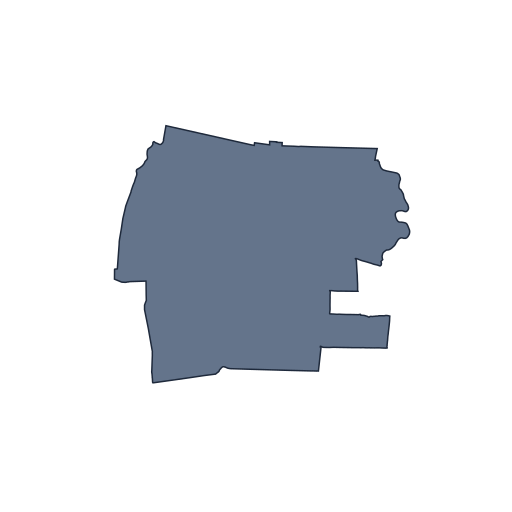 Cosoba, Giurgiu, Romania, rotated 227°
{"feature_id": "2599482B93703236518743", "entity_name": "Cosoba", "entity_type": "district", "adm_level": 2, "iso_a3": "ROU", "parent_name": "Romania", "parent_adm1": "Giurgiu", "projection": "orthographic", "projection_center": [25.808, 44.526], "detail": "fine", "context": "isolated", "style": "filled", "palette": "slate", "viewbox_px": 512, "rotation_deg": 227, "n_neighbors": 0, "source": "geoboundaries", "source_scale": "gbopen_adm2", "svg_char_len": 5990}
<svg xmlns="http://www.w3.org/2000/svg" viewBox="0 0 512 512"><g transform="rotate(227 256 256)"><path d="M412.7,279.0L408.4,273.3L405.0,268.8L404.4,267.9L404.0,267.7L403.6,267.3L402.7,265.6L402.5,264.9L402.4,263.1L402.6,262.5L402.8,262.1L403.2,261.7L404.0,261.2L405.2,260.8L407.5,259.7L409.2,259.4L409.4,259.0L409.4,258.5L409.2,257.9L408.8,257.4L408.1,256.8L407.9,256.4L407.5,254.9L407.4,253.5L407.5,252.7L407.9,250.2L407.3,248.7L406.7,247.8L404.8,245.8L404.0,245.2L403.6,245.0L402.0,243.8L401.6,243.3L401.2,242.7L400.9,241.6L400.9,241.0L400.8,239.3L399.9,237.3L399.6,235.7L399.5,234.4L399.5,233.3L399.6,232.8L399.7,231.3L400.3,228.9L400.5,227.9L400.3,227.2L399.9,226.6L399.4,226.1L398.2,225.5L397.0,224.5L396.1,223.2L395.0,220.9L392.8,217.2L392.3,215.9L391.1,213.4L388.7,209.0L388.1,208.3L383.4,198.8L381.3,194.7L380.3,193.3L374.2,184.2L367.6,175.9L361.3,167.6L359.8,165.8L357.9,163.9L343.1,147.9L341.6,146.3L341.2,145.7L341.3,145.5L342.7,143.8L342.7,143.6L342.5,143.4L342.4,143.1L341.9,142.7L335.6,136.7L328.6,139.9L328.1,140.3L325.8,142.5L325.1,143.5L324.5,144.6L324.1,144.9L323.9,145.4L323.6,145.8L323.0,146.6L312.7,158.4L311.8,157.7L302.5,149.2L302.3,149.0L301.7,148.5L298.8,145.9L298.5,145.8L297.6,144.0L297.5,143.7L296.1,141.0L292.8,137.9L276.4,127.8L266.9,121.6L257.5,115.5L256.6,114.9L256.2,114.4L254.0,112.4L243.4,101.8L242.8,101.1L241.5,100.0L241.3,100.0L239.9,98.9L239.7,98.8L239.2,98.3L238.2,97.6L238.1,97.4L237.4,96.9L237.1,96.7L234.2,94.3L233.6,94.1L233.3,94.4L224.6,106.8L212.3,124.4L204.1,136.3L198.2,144.5L197.5,145.6L197.2,145.8L197.0,148.7L197.0,149.3L196.9,149.3L196.9,149.9L197.1,150.9L197.4,151.2L197.6,151.7L197.7,152.6L197.6,153.0L197.8,153.5L197.8,154.4L197.8,155.5L197.7,156.0L197.4,156.5L196.8,157.1L196.4,157.2L195.9,157.7L194.6,158.2L193.1,158.9L191.2,160.3L180.1,171.5L149.1,202.9L134.3,218.0L134.2,218.1L133.2,219.2L130.8,221.6L129.7,222.8L129.3,223.2L145.3,241.8L145.8,241.2L145.9,241.4L146.0,241.5L145.9,241.7L145.2,242.0L144.5,242.3L143.7,242.6L142.7,243.5L139.2,247.1L136.3,250.5L131.9,255.0L124.4,262.8L123.2,264.0L118.9,268.6L117.1,270.5L115.9,271.9L114.8,272.9L113.1,274.6L111.6,276.3L110.5,277.3L110.2,277.7L109.4,278.5L107.7,280.3L106.1,282.1L104.2,284.1L102.9,285.3L101.9,286.3L101.1,287.1L100.3,287.9L99.3,289.1L99.5,289.4L99.9,289.6L100.6,290.1L101.4,291.2L101.8,291.4L102.2,292.0L102.7,292.5L103.2,293.1L103.7,293.6L104.3,294.4L107.2,297.5L109.0,299.7L110.6,301.5L111.6,302.7L113.9,305.4L116.6,308.5L117.4,309.4L119.7,311.7L120.8,312.9L121.1,312.7L121.9,312.2L122.8,311.5L123.5,310.9L124.1,310.2L124.5,309.6L124.8,309.0L125.2,308.6L126.6,307.2L127.0,306.7L127.4,306.3L127.9,305.8L128.3,305.3L128.6,304.9L128.9,304.4L129.2,303.8L130.0,303.0L130.3,302.7L130.5,302.4L130.6,302.1L131.3,301.3L131.8,300.7L132.0,300.3L132.4,299.8L132.9,299.4L133.7,298.7L133.9,298.4L134.0,298.1L134.0,297.7L134.0,297.4L134.2,297.2L134.3,296.9L134.6,296.7L134.8,296.6L135.5,296.4L135.9,296.3L136.7,295.8L137.4,295.4L138.3,294.9L139.1,294.3L140.9,292.6L141.3,292.3L141.5,292.5L141.8,292.6L142.0,292.6L142.3,292.5L142.5,292.2L142.9,291.3L143.1,291.1L143.8,290.3L144.9,289.2L148.3,285.7L151.2,282.6L153.2,280.6L155.4,278.4L156.5,277.4L157.1,276.7L158.2,275.4L160.9,272.9L162.2,271.6L163.2,270.6L163.4,270.6L163.6,270.6L163.8,270.7L165.6,272.8L166.4,273.7L167.5,274.7L169.6,276.6L172.1,279.0L173.6,280.4L174.7,281.5L176.8,283.4L178.4,285.1L179.1,285.8L180.0,286.2L180.3,286.2L180.4,286.3L179.6,287.1L179.4,287.4L178.3,288.4L176.9,289.6L174.4,292.0L172.0,294.6L163.4,303.6L160.9,306.3L160.7,306.5L161.1,306.7L161.4,306.8L161.9,307.2L162.6,307.8L163.4,308.6L164.4,309.5L166.6,311.5L168.4,313.0L169.8,314.2L172.6,316.7L175.6,319.1L177.9,321.0L179.7,322.5L181.5,324.0L183.5,325.7L184.4,326.4L185.4,326.8L186.1,326.8L186.3,326.9L186.3,327.0L185.8,327.5L184.9,328.1L184.0,328.5L180.9,330.0L179.7,330.7L178.3,331.6L177.0,332.4L175.5,333.3L173.9,334.2L172.1,335.3L170.8,335.9L169.2,336.8L168.5,337.3L167.6,337.9L166.6,338.6L164.5,339.7L164.3,339.9L164.1,340.1L164.1,340.3L164.0,340.5L164.1,340.9L164.0,341.1L164.0,341.3L164.5,342.1L164.9,342.6L165.2,342.8L166.0,343.3L166.6,343.5L166.8,343.7L166.8,344.0L166.9,345.1L166.9,346.2L168.0,346.7L169.8,348.0L170.0,348.3L170.3,348.7L170.6,349.2L171.4,350.3L171.7,351.4L171.7,352.0L171.7,353.0L171.4,355.4L171.1,355.8L170.6,356.4L170.0,357.3L169.6,358.4L169.3,359.9L169.2,361.4L169.2,364.3L169.5,365.9L170.0,367.1L170.4,368.6L170.6,369.4L170.9,370.6L171.1,371.9L170.9,372.8L170.6,374.1L169.8,375.1L168.1,376.2L167.1,377.2L166.5,378.5L166.6,380.4L167.3,382.6L167.5,383.1L167.8,383.4L168.1,384.0L169.0,385.0L170.2,385.9L172.5,386.8L174.5,387.6L176.3,388.1L177.4,388.1L178.5,387.7L180.0,386.7L181.4,385.6L182.4,384.6L183.0,384.0L183.6,383.7L184.2,383.5L185.1,383.5L186.0,383.6L187.2,383.9L188.2,384.3L189.6,384.9L190.8,385.7L191.6,386.4L192.2,387.3L192.4,388.2L192.3,389.4L192.0,390.3L191.6,391.3L190.8,392.3L189.7,393.6L188.7,394.3L187.3,395.0L186.5,395.6L186.1,396.1L185.9,396.7L185.9,397.8L186.1,398.8L186.6,399.7L187.2,400.4L188.3,401.1L189.3,401.6L190.2,402.0L192.2,402.4L193.5,402.6L194.9,403.1L195.9,403.3L196.7,403.5L198.5,404.5L199.7,405.2L200.7,405.9L201.7,406.2L203.2,406.6L204.3,406.8L205.1,407.0L205.7,407.1L206.5,406.9L207.1,406.9L207.6,406.9L208.3,407.1L209.0,407.6L209.8,408.3L210.8,409.3L211.4,410.3L212.3,411.6L212.9,412.5L213.3,413.5L214.0,414.2L214.5,414.6L215.9,415.2L217.2,415.8L218.0,416.1L218.9,416.0L220.0,415.8L220.7,415.5L222.0,414.6L224.0,413.2L225.3,412.3L226.8,411.2L229.2,409.5L231.1,408.4L232.1,407.8L232.9,407.6L234.1,407.5L234.9,407.6L235.5,407.5L236.0,407.8L236.9,408.1L237.7,408.5L238.4,408.8L239.0,409.0L239.6,409.3L240.2,409.9L240.9,410.2L241.5,410.2L242.4,409.9L242.8,410.5L243.5,410.0L245.0,408.3L246.1,409.9L247.5,411.6L249.3,414.2L251.9,417.9L275.6,393.8L296.4,372.7L305.7,363.5L306.9,361.9L310.1,358.9L318.8,350.2L321.1,352.5L325.1,348.6L325.4,349.0L330.5,344.1L328.0,341.8L339.8,332.2L338.1,330.1L340.3,328.5L340.7,328.2L412.7,279.0Z" fill="#64748b" stroke="#1e293b" stroke-width="1.5"/></g></svg>